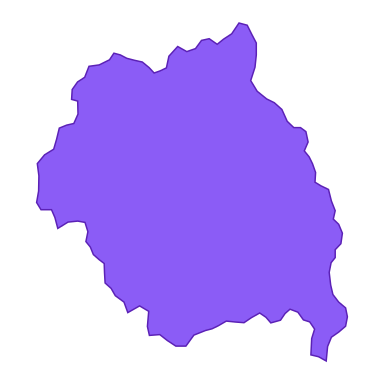 Simão Pereira, Minas Gerais, Brazil (Equal Earth projection)
{"feature_id": "56859067B55911598302165", "entity_name": "Simão Pereira", "entity_type": "district", "adm_level": 2, "iso_a3": "BRA", "parent_name": "Brazil", "parent_adm1": "Minas Gerais", "projection": "equal_earth", "projection_center": [-43.289, -21.963], "detail": "fine", "context": "isolated", "style": "filled", "palette": "violet", "viewbox_px": 384, "rotation_deg": 0, "n_neighbors": 0, "source": "geoboundaries", "source_scale": "gbopen_adm2", "svg_char_len": 1616}
<svg xmlns="http://www.w3.org/2000/svg" viewBox="0 0 384 384"><path d="M127.8,312.6L139.6,305.9L148.7,311.3L147.4,326.5L149.4,335.4L159.8,334.6L167.3,340.5L175.8,346.1L185.9,346.1L193.9,335.1L205.5,330.5L212.0,328.8L218.2,325.8L226.3,321.1L235.2,322.0L244.0,322.7L251.5,317.6L259.7,313.0L266.0,317.3L270.8,322.9L280.5,320.2L285.1,313.5L290.0,309.2L297.9,312.2L303.4,319.9L309.7,321.9L314.6,329.1L311.7,338.5L310.9,354.9L318.5,356.7L326.2,361.0L327.6,346.5L331.4,337.2L338.7,332.1L345.6,326.2L347.4,316.8L345.6,307.9L338.7,302.1L332.9,294.5L330.7,285.1L329.2,272.4L331.1,262.7L335.2,257.6L335.2,249.7L340.9,243.7L342.4,233.2L338.7,224.3L333.3,219.1L335.2,210.7L331.4,201.0L328.5,189.5L320.7,185.7L315.0,182.2L315.6,172.5L312.5,163.7L309.1,156.8L304.3,150.9L308.1,142.0L305.9,131.6L300.5,127.6L293.8,127.6L287.2,121.3L281.9,109.5L274.3,102.7L266.6,98.9L257.2,91.3L250.7,80.6L255.0,67.2L256.3,54.9L256.3,43.0L251.9,34.6L247.2,25.2L239.0,23.0L231.7,33.8L223.5,39.2L217.2,44.3L209.2,38.7L201.5,40.4L195.5,48.6L186.8,51.6L177.7,46.5L168.9,56.2L166.4,67.9L159.8,71.0L154.1,73.0L149.1,67.6L142.3,62.0L134.5,60.3L126.8,58.3L120.3,54.9L113.9,53.2L109.5,59.8L99.2,64.9L89.0,66.3L84.7,77.3L77.6,81.9L72.2,89.5L71.6,99.4L77.7,101.1L78.0,114.1L73.8,123.5L66.7,125.1L59.3,128.1L56.6,139.2L53.7,149.2L44.6,154.8L37.3,163.6L38.9,175.9L38.6,191.1L36.6,202.5L41.0,209.7L51.5,209.7L54.9,217.5L57.8,228.4L68.0,222.1L77.7,221.1L85.0,222.4L87.9,231.7L85.9,241.6L90.3,247.0L93.4,254.6L99.2,259.7L104.2,263.5L104.5,272.4L105.1,283.0L111.1,288.4L115.3,295.7L124.0,302.1L127.8,312.6Z" fill="#8b5cf6" stroke="#5b21b6" stroke-width="1.5"/></svg>